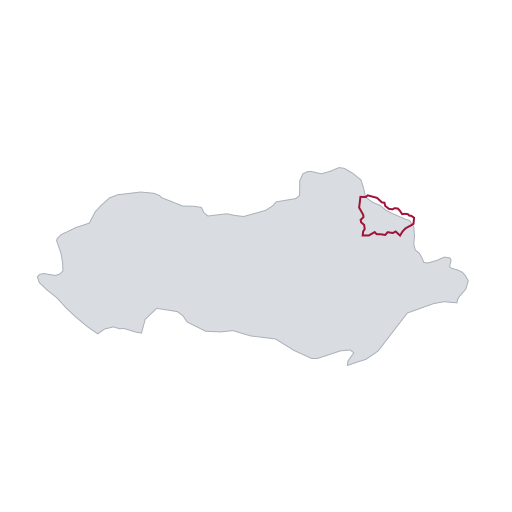 Kolonjë, Korçë, Albania shown in context, rotated 278°
{"feature_id": "67620474B91947048364679", "entity_name": "Kolonjë", "entity_type": "district", "adm_level": 2, "iso_a3": "ALB", "parent_name": "Albania", "parent_adm1": "Korçë", "projection": "natural_earth1", "projection_center": [20.638, 40.285], "detail": "fine", "context": "in_parent", "style": "outline", "palette": "rose", "viewbox_px": 512, "rotation_deg": 278, "n_neighbors": 0, "source": "geoboundaries", "source_scale": "gbopen_adm2", "svg_char_len": 2055}
<svg xmlns="http://www.w3.org/2000/svg" viewBox="0 0 512 512"><g transform="rotate(278 256 256)"><path d="M163.7,153.3L164.1,146.2L165.9,134.9L164.9,131.2L166.0,124.8L162.6,116.2L156.9,110.1L162.4,99.1L170.5,86.0L177.9,75.5L186.9,64.6L193.0,54.2L199.4,45.2L204.9,42.4L207.7,44.3L209.1,48.3L208.8,59.9L210.6,63.9L214.4,66.9L222.5,65.4L231.5,62.5L243.5,56.4L245.6,56.7L250.0,60.0L259.3,74.0L265.4,86.4L277.6,90.7L284.4,95.5L293.1,102.8L297.3,110.2L303.3,132.8L303.9,146.4L302.2,152.6L300.7,154.2L295.3,176.4L296.6,187.7L296.5,195.2L291.9,198.1L288.9,202.8L293.8,221.3L293.2,229.2L293.4,238.3L302.4,258.9L307.7,265.3L312.4,268.4L318.4,287.4L322.0,290.7L336.7,288.9L343.9,291.0L346.8,295.5L347.4,298.6L346.5,309.2L350.1,317.5L355.1,325.9L355.1,331.1L351.8,339.5L345.9,349.4L338.1,353.1L329.5,356.4L325.4,364.0L323.3,372.1L319.4,378.2L317.1,384.8L313.4,398.3L312.6,403.2L306.7,408.2L297.7,410.2L289.6,410.6L284.1,412.9L281.3,417.6L276.1,421.3L273.0,423.0L273.0,427.1L276.8,435.7L281.1,442.6L281.1,448.2L279.0,449.8L272.4,449.1L271.0,451.2L270.3,457.4L268.5,462.8L265.8,466.0L261.0,469.6L252.4,468.4L244.2,463.0L240.0,461.4L237.6,461.6L236.9,448.5L233.5,438.3L220.6,413.8L178.8,390.0L169.0,379.3L164.7,370.3L160.4,361.8L164.6,361.6L168.7,363.7L173.9,366.3L176.0,362.1L173.8,352.8L163.1,331.1L162.3,325.2L167.7,307.0L176.6,286.7L176.1,262.0L178.9,243.4L175.9,231.4L174.5,216.6L181.1,196.9L186.6,192.1L190.0,185.8L190.3,164.9L177.9,155.1L163.7,153.3Z" fill="#d9dde1" stroke="#a8b0b8" stroke-width="1"/><path d="M291.2,358.8L292.0,364.8L296.2,370.2L294.4,372.4L294.9,376.8L294.8,381.0L297.9,383.1L297.8,388.3L299.7,390.9L296.3,395.8L300.9,397.8L304.4,400.4L308.2,405.6L309.8,407.5L315.9,407.2L317.4,404.1L317.3,402.2L318.6,400.5L318.5,397.5L317.8,394.9L320.8,392.2L322.7,390.0L322.7,386.8L321.2,384.6L321.2,381.0L323.6,377.0L326.6,375.8L326.6,373.2L330.4,367.8L331.6,358.2L329.7,356.5L329.1,351.2L318.3,351.4L311.6,356.5L309.4,357.0L306.4,354.6L304.0,355.4L301.8,358.8L297.8,359.9L295.2,358.7L291.2,358.8Z" fill="none" stroke="#9f1239" stroke-width="2"/></g></svg>